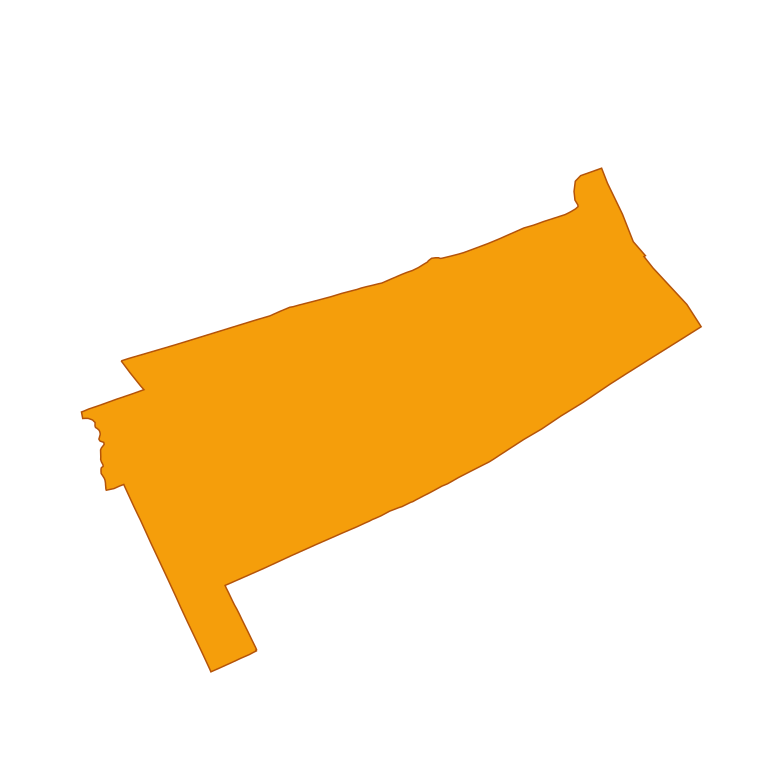 Catane, Dolj, Romania (Robinson projection), rotated 238°
{"feature_id": "2599482B93473843734179", "entity_name": "Catane", "entity_type": "district", "adm_level": 2, "iso_a3": "ROU", "parent_name": "Romania", "parent_adm1": "Dolj", "projection": "robinson", "projection_center": [23.421, 43.905], "detail": "fine", "context": "isolated", "style": "filled", "palette": "amber", "viewbox_px": 768, "rotation_deg": 238, "n_neighbors": 0, "source": "geoboundaries", "source_scale": "gbopen_adm2", "svg_char_len": 2673}
<svg xmlns="http://www.w3.org/2000/svg" viewBox="0 0 768 768"><g transform="rotate(238 384 384)"><path d="M542.3,173.4L528.1,174.6L511.1,176.6L506.4,177.4L509.4,163.6L512.7,149.8L514.5,141.4L515.3,137.6L517.2,129.0L519.2,120.7L520.1,115.0L520.6,112.6L518.0,111.6L514.4,110.2L512.9,112.9L511.6,114.9L509.9,116.3L507.9,117.8L506.5,118.1L504.4,118.6L503.9,118.2L503.1,117.7L502.1,117.0L500.7,116.4L499.8,116.4L498.7,117.0L497.6,117.4L495.6,117.9L493.9,117.6L492.0,116.9L490.9,115.9L490.4,115.2L489.5,114.4L488.9,113.5L488.0,112.9L486.0,113.0L483.0,115.4L481.1,114.7L479.5,110.4L478.3,108.7L473.0,105.6L472.3,105.2L470.1,103.7L467.9,103.1L464.7,102.9L463.5,102.5L462.9,102.0L462.9,101.2L462.8,100.0L461.8,98.9L459.7,97.6L457.9,96.7L456.2,96.8L454.5,96.8L452.2,96.8L450.2,96.4L447.6,95.3L446.0,94.4L445.2,94.0L444.4,93.6L444.0,93.4L443.7,93.2L443.4,93.2L443.1,93.0L442.6,92.6L441.1,92.2L438.4,99.6L437.6,105.6L436.7,110.1L435.7,109.9L413.0,107.0L402.3,105.8L398.1,105.4L382.2,103.3L373.3,102.1L347.5,99.0L331.0,97.0L313.7,94.8L302.9,93.3L285.8,91.2L263.9,88.7L255.4,87.7L250.4,87.1L235.1,85.2L231.6,84.7L231.6,84.9L230.3,93.9L229.3,101.4L228.7,105.7L227.3,117.2L225.9,126.5L225.6,131.0L225.3,134.2L226.2,134.2L226.1,135.1L228.6,135.5L236.6,136.3L245.6,137.3L252.7,138.0L259.7,138.7L265.7,139.4L271.3,139.9L275.7,140.1L279.9,140.5L289.4,141.6L294.7,142.1L297.4,142.5L294.7,161.0L291.1,186.1L287.6,214.1L283.9,240.9L279.6,270.3L278.4,278.1L277.2,285.8L276.2,293.9L275.5,298.7L275.2,302.6L274.7,305.2L273.8,311.6L273.2,321.2L271.3,331.1L270.5,334.2L269.9,340.0L269.5,344.0L269.0,346.0L268.8,349.9L268.2,357.8L267.5,365.5L266.7,379.0L265.7,385.0L265.2,397.7L264.1,410.8L262.9,424.4L262.2,432.2L262.2,437.2L262.4,444.3L262.9,473.2L262.3,494.0L263.1,517.1L262.9,543.1L264.1,575.8L264.3,594.2L264.4,626.3L264.4,650.0L264.5,683.3L267.4,683.3L290.9,683.0L339.9,673.6L354.4,672.0L354.3,673.7L372.6,670.8L401.6,676.2L435.8,679.9L451.7,682.9L456.5,661.2L454.6,653.7L446.6,647.2L438.8,643.4L433.2,643.3L431.6,642.6L431.0,639.2L431.1,634.1L431.3,631.3L431.7,627.3L437.2,605.5L438.4,599.7L439.5,594.8L440.2,592.3L442.2,585.3L444.5,569.2L446.1,558.0L448.0,546.6L453.2,521.2L454.6,516.2L457.0,508.6L458.6,503.8L460.0,499.6L460.8,498.1L462.1,497.2L463.7,494.7L465.4,491.0L465.0,486.9L464.4,485.6L464.5,480.9L464.5,478.1L464.5,474.8L465.2,468.2L466.5,462.7L467.5,457.3L469.2,446.2L470.8,435.5L471.9,432.5L473.9,426.3L475.9,420.5L477.5,415.4L478.5,411.2L480.0,406.5L483.2,396.3L486.1,385.4L491.5,367.9L495.8,354.4L497.7,347.9L499.0,344.8L500.7,334.5L502.3,323.1L505.8,310.6L507.1,305.8L527.9,227.5L540.9,181.2L542.7,174.0L542.3,173.4Z" fill="#f59e0b" stroke="#b45309" stroke-width="1.5"/></g></svg>